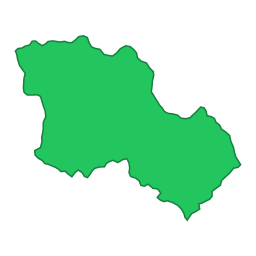 Tocantins, Minas Gerais, Brazil
{"feature_id": "56859067B54731939628864", "entity_name": "Tocantins", "entity_type": "district", "adm_level": 2, "iso_a3": "BRA", "parent_name": "Brazil", "parent_adm1": "Minas Gerais", "projection": "orthographic", "projection_center": [-43.027, -21.182], "detail": "fine", "context": "isolated", "style": "filled", "palette": "green", "viewbox_px": 256, "rotation_deg": 0, "n_neighbors": 0, "source": "geoboundaries", "source_scale": "gbopen_adm2", "svg_char_len": 2007}
<svg xmlns="http://www.w3.org/2000/svg" viewBox="0 0 256 256"><path d="M15.4,51.0L16.8,54.5L17.6,59.3L19.6,65.5L22.5,69.7L25.2,73.3L24.0,78.3L23.6,83.9L23.4,88.2L24.1,92.4L27.2,95.0L32.6,95.0L37.3,94.8L40.4,96.4L41.7,100.4L43.3,105.9L45.1,110.6L45.8,116.7L43.3,122.1L43.2,129.6L42.5,133.7L41.7,137.2L42.0,141.6L40.5,147.5L34.7,150.6L35.1,155.0L38.3,158.3L42.1,160.4L44.8,163.5L48.8,164.5L52.2,166.0L55.4,167.3L58.4,169.1L60.9,171.6L65.0,171.2L67.9,173.9L71.9,176.8L75.0,172.6L78.1,170.0L82.2,172.6L84.4,176.4L87.5,177.6L90.0,174.3L92.2,171.0L94.6,168.4L99.5,167.0L104.5,166.8L106.3,163.5L109.3,161.6L113.1,160.3L117.8,162.6L122.6,159.7L126.9,158.7L129.0,163.0L129.7,168.0L129.0,172.6L130.7,176.5L135.5,178.0L139.1,180.8L140.9,185.4L144.3,186.2L148.1,184.2L152.9,188.3L157.6,189.0L160.8,193.1L157.2,197.4L160.3,200.1L163.7,201.6L167.5,200.8L172.8,202.6L178.0,205.5L181.6,209.4L184.0,213.6L184.9,217.2L187.2,220.2L189.3,217.0L191.6,213.7L195.6,211.6L199.7,209.1L198.8,203.9L202.3,203.0L205.8,201.1L209.6,199.3L212.1,196.2L212.0,191.4L216.0,188.4L220.4,185.2L221.6,180.5L225.1,177.2L229.5,173.2L233.7,168.2L238.1,167.3L240.6,164.7L238.3,160.9L235.8,156.8L234.5,152.7L233.5,147.4L230.9,141.4L229.5,135.4L225.4,131.7L221.6,129.3L219.7,125.2L215.9,122.1L214.5,118.7L211.5,116.7L207.1,115.8L206.2,111.4L204.3,108.0L200.7,107.0L198.0,109.9L195.6,112.5L192.8,115.0L190.1,117.7L185.6,118.7L180.7,118.1L177.8,115.2L172.8,113.9L167.8,113.3L164.3,111.4L162.3,108.1L159.4,104.9L157.2,101.2L155.3,98.3L153.5,95.1L151.3,91.9L152.0,86.6L152.5,80.4L153.7,75.6L153.4,71.7L149.7,68.1L146.5,63.0L141.3,61.2L137.5,57.9L136.5,52.9L134.1,50.0L130.4,46.7L125.6,45.8L120.3,48.7L116.3,53.3L112.4,56.1L108.1,55.4L103.8,54.3L100.0,49.4L95.0,48.3L91.6,46.9L89.6,43.7L87.3,37.5L83.5,35.8L78.8,36.6L75.1,40.2L71.6,42.7L68.1,42.5L64.3,41.3L60.2,42.1L56.7,41.5L52.8,40.9L48.1,41.5L45.4,44.0L42.2,45.6L38.6,43.5L35.6,41.0L32.2,41.2L29.7,44.9L25.0,46.2L21.8,48.1L18.0,48.5L15.4,51.0Z" fill="#22c55e" stroke="#15803d" stroke-width="1.5"/></svg>